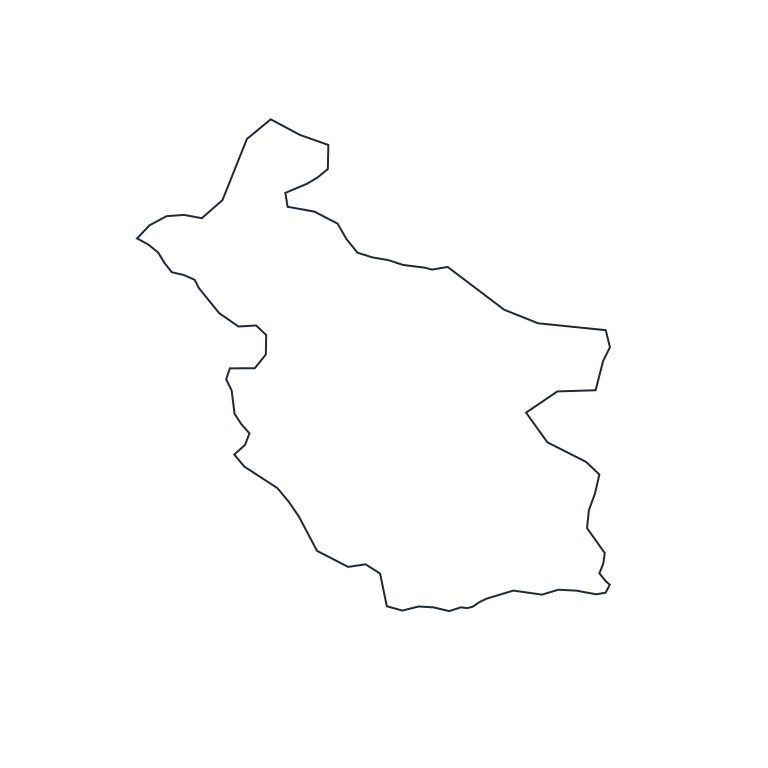 outline of Ebonyi, rotated 111°
{"feature_id": "NGA-2863", "entity_name": "Ebonyi", "entity_type": "State", "adm_level": 1, "iso_a3": "NGA", "parent_name": "Nigeria", "parent_adm1": "", "projection": "robinson", "projection_center": [8.009, 6.241], "detail": "fine", "context": "isolated", "style": "outline", "palette": "slate", "viewbox_px": 768, "rotation_deg": 111, "n_neighbors": 0, "source": "natural_earth", "source_scale": "10m", "svg_char_len": 1246}
<svg xmlns="http://www.w3.org/2000/svg" viewBox="0 0 768 768"><g transform="rotate(111 384 384)"><path d="M524.0,160.9L530.5,189.2L547.8,211.5L553.6,216.9L560.1,221.3L563.5,226.2L564.9,232.1L572.7,241.8L574.8,257.8L579.3,271.9L588.9,285.6L590.5,301.7L562.4,319.7L558.9,336.6L567.6,351.9L563.8,386.7L538.3,415.9L527.9,431.0L519.4,446.3L511.1,485.0L503.5,498.5L490.6,491.9L478.3,491.9L472.6,502.9L465.4,512.8L444.5,524.0L436.3,533.0L424.6,533.5L415.6,510.3L398.8,504.9L380.5,511.5L375.2,524.4L382.5,540.5L376.9,563.3L360.8,591.2L354.6,598.0L354.0,610.1L355.7,622.2L349.7,632.2L342.3,641.8L338.3,653.8L336.6,666.7L319.9,659.8L305.2,647.1L297.8,631.3L294.5,613.5L270.2,600.7L204.4,599.8L177.5,584.6L181.6,551.6L180.8,521.6L203.4,513.5L215.1,520.1L224.7,527.7L240.9,544.6L253.1,537.5L248.0,510.7L250.9,484.8L262.0,471.2L270.9,455.9L270.0,440.4L266.8,424.3L266.0,408.8L260.7,387.2L260.0,380.2L251.9,366.5L271.6,298.5L272.1,261.9L254.3,196.3L268.7,186.2L283.9,187.7L314.0,184.2L328.8,219.5L359.8,241.1L379.9,210.6L384.3,167.5L391.3,150.5L410.6,147.8L428.4,147.5L445.8,142.8L462.7,117.3L473.0,114.9L483.5,115.1L488.4,106.8L490.5,101.3L499.4,102.3L504.3,110.6L508.0,130.5L513.6,147.6L524.0,160.9Z" fill="none" stroke="#1e293b" stroke-width="2"/></g></svg>